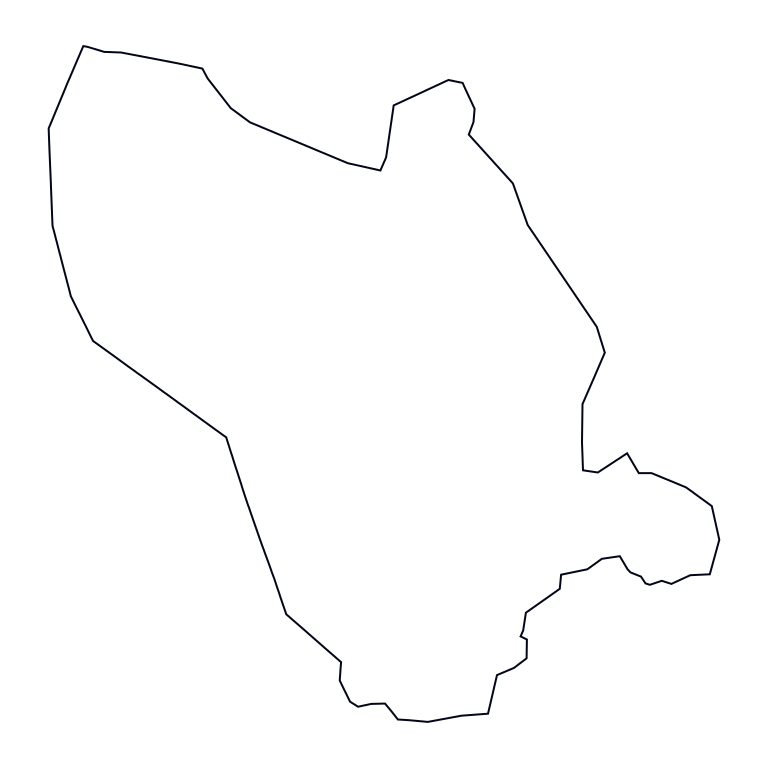 Ad Diwaim, White Nile, Sudan
{"feature_id": "16777658B64603280901749", "entity_name": "Ad Diwaim", "entity_type": "district", "adm_level": 2, "iso_a3": "SDN", "parent_name": "Sudan", "parent_adm1": "White Nile", "projection": "mercator", "projection_center": [31.891, 13.947], "detail": "fine", "context": "isolated", "style": "outline", "palette": "ink", "viewbox_px": 768, "rotation_deg": 0, "n_neighbors": 0, "source": "geoboundaries", "source_scale": "gbopen_adm2", "svg_char_len": 2457}
<svg xmlns="http://www.w3.org/2000/svg" viewBox="0 0 768 768"><path d="M463.1,83.9L462.6,82.9L448.4,80.0L393.7,105.4L386.1,157.4L380.4,170.5L347.8,163.2L250.1,122.4L230.8,108.2L207.6,78.4L202.4,68.6L179.1,63.6L121.0,52.5L107.5,52.0L104.3,51.9L87.3,46.8L83.3,46.1L69.6,78.1L67.0,84.1L65.1,88.8L51.6,121.4L48.7,128.3L48.8,132.4L49.5,151.0L49.6,153.4L50.8,181.6L51.0,187.6L51.3,195.3L51.8,207.7L52.5,225.3L52.6,225.9L52.7,226.6L53.2,228.5L53.4,229.2L53.8,230.5L54.2,232.1L55.8,238.4L56.8,242.1L59.4,252.3L60.0,254.4L61.5,260.3L62.7,264.9L64.4,271.5L66.4,279.0L66.5,279.5L69.3,290.1L70.4,294.6L70.9,296.4L71.4,297.4L76.5,307.7L79.2,313.0L84.3,323.3L85.3,325.2L90.9,336.7L93.1,341.0L94.2,341.8L100.3,346.2L113.6,355.8L127.6,366.0L129.4,367.3L135.8,371.9L136.3,372.3L145.4,378.8L152.6,384.0L159.3,388.8L162.8,391.4L171.7,397.8L178.1,402.5L179.1,403.2L188.6,410.1L192.8,413.2L199.5,418.0L203.6,421.0L215.0,429.3L220.6,433.3L221.8,434.2L223.3,435.3L224.2,435.9L226.2,437.3L227.4,441.2L228.7,445.2L231.1,452.9L232.2,456.1L234.1,462.3L234.6,463.8L235.1,465.4L236.2,468.8L237.4,472.4L237.9,473.9L238.7,476.5L238.8,476.8L239.2,478.0L241.5,485.1L241.8,486.3L244.3,494.0L245.0,496.2L245.8,498.5L247.3,503.0L248.0,505.1L249.1,508.0L249.5,509.2L253.5,520.8L259.0,536.6L259.6,538.3L261.4,543.4L261.6,544.0L263.2,548.3L265.3,554.1L268.4,562.5L270.6,568.6L271.4,571.0L274.1,578.3L274.4,579.1L275.5,582.4L277.5,588.5L279.0,592.7L279.4,594.0L280.5,597.4L282.7,603.9L285.6,612.3L286.2,614.2L292.8,620.0L297.1,623.7L308.0,633.2L308.3,633.5L312.1,636.8L316.5,640.7L320.9,644.5L324.8,648.0L330.0,652.5L340.8,661.9L341.1,662.1L340.5,669.2L340.4,671.2L339.8,679.6L339.7,680.4L340.2,681.4L341.5,684.2L346.3,694.0L350.0,701.6L350.9,702.2L358.0,706.7L359.1,706.5L371.3,703.9L383.5,703.6L385.1,703.6L386.3,705.1L391.6,711.5L397.5,719.0L397.9,719.5L398.1,719.5L409.2,720.2L427.8,721.9L461.4,715.7L488.0,713.7L497.0,675.1L514.0,667.9L526.6,658.3L526.9,639.5L520.6,636.4L523.2,630.4L525.9,612.7L543.5,600.3L559.8,588.8L561.1,574.7L587.3,569.3L601.9,558.8L619.8,556.2L627.5,569.2L630.5,572.4L641.0,576.6L645.5,583.4L649.9,584.8L661.8,580.8L671.4,583.9L690.3,575.2L709.8,574.3L719.3,539.8L711.8,506.1L686.1,487.4L651.5,473.1L638.8,473.1L627.1,453.3L597.8,472.5L583.0,470.3L582.0,442.3L582.5,404.1L593.7,378.5L604.8,352.7L596.8,326.9L527.7,225.0L512.9,183.4L502.5,171.9L468.8,134.6L473.5,122.0L474.6,108.8L465.5,89.3L463.1,84.0L463.1,83.9Z" fill="none" stroke="#020617" stroke-width="2"/></svg>